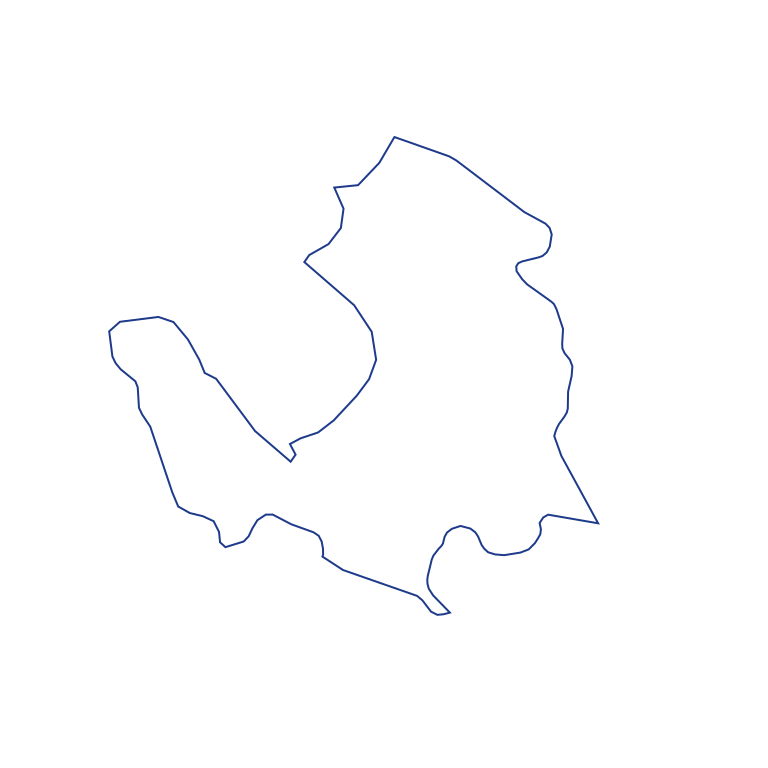 map outline of Louth (Natural Earth projection), rotated 215°
{"feature_id": "IRL-712", "entity_name": "Louth", "entity_type": "County", "adm_level": 1, "iso_a3": "IRL", "parent_name": "Ireland", "parent_adm1": "", "projection": "natural_earth1", "projection_center": [-6.434, 53.913], "detail": "fine", "context": "isolated", "style": "outline", "palette": "blue", "viewbox_px": 768, "rotation_deg": 215, "n_neighbors": 0, "source": "natural_earth", "source_scale": "10m", "svg_char_len": 1786}
<svg xmlns="http://www.w3.org/2000/svg" viewBox="0 0 768 768"><g transform="rotate(215 384 384)"><path d="M420.3,159.4L427.5,160.3L434.3,168.2L444.8,173.9L456.6,171.8L469.1,166.9L482.3,165.6L495.4,173.9L551.0,215.0L564.8,220.4L571.1,224.0L583.8,240.0L589.2,243.6L608.1,245.0L615.7,247.1L622.2,250.7L639.3,269.5L636.0,283.5L607.3,309.5L592.0,314.0L570.1,308.0L549.3,298.0L537.2,290.2L524.5,292.0L462.6,271.5L415.9,266.8L415.9,275.4L426.6,280.9L421.2,291.6L410.2,306.5L404.3,325.4L399.6,358.9L399.0,379.4L404.3,399.3L424.0,419.7L453.6,431.4L519.2,438.2L519.2,446.7L509.7,466.8L508.8,487.0L517.7,504.4L537.4,516.4L519.3,532.0L514.7,562.5L517.1,592.2L512.4,593.6L461.0,607.9L453.0,608.6L367.5,605.3L343.6,608.0L337.8,606.8L332.4,602.7L327.0,591.6L326.2,585.1L327.6,579.8L329.9,576.5L341.1,563.7L343.3,560.0L343.1,556.1L340.0,552.4L331.0,549.1L323.8,547.7L293.6,547.4L290.5,546.9L285.6,544.2L268.9,531.8L261.1,519.1L258.2,515.4L253.7,512.8L245.7,510.5L239.8,506.5L234.8,498.0L228.8,483.3L219.3,469.2L217.9,465.5L217.5,460.9L217.7,451.6L217.1,447.0L216.0,442.8L214.7,439.0L197.4,426.8L128.7,392.7L174.6,371.1L177.0,366.0L176.8,359.4L172.2,355.1L169.8,350.6L169.3,345.7L169.1,340.1L170.6,331.5L175.6,324.1L187.4,312.7L195.3,308.1L202.2,305.9L207.5,306.6L211.8,308.2L219.4,313.0L224.1,314.9L230.4,315.1L239.9,311.6L245.3,304.4L247.2,298.5L246.7,293.6L244.2,287.1L244.1,285.2L244.2,283.5L244.7,280.5L245.1,271.8L244.2,267.6L238.1,252.0L236.3,248.5L233.7,245.2L229.9,242.0L222.5,239.0L198.9,234.5L203.3,229.4L207.9,225.5L214.9,224.5L228.4,228.8L235.4,229.4L310.9,208.1L335.4,207.3L336.0,209.3L339.5,214.1L344.7,219.2L350.4,222.2L356.7,222.1L379.5,215.9L400.3,213.2L405.9,209.2L409.6,199.8L409.0,190.3L407.5,181.6L408.6,174.5L420.3,159.4Z" fill="none" stroke="#1e3a8a" stroke-width="2"/></g></svg>